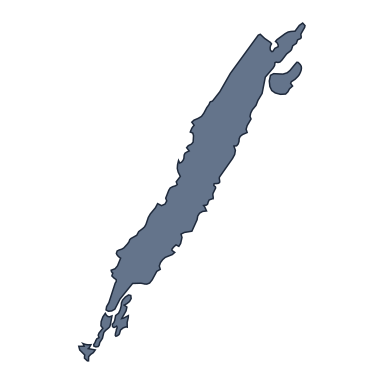 outline of Isabel, rotated 269°
{"feature_id": "SLB-1264", "entity_name": "Isabel", "entity_type": "Province", "adm_level": 1, "iso_a3": "SLB", "parent_name": "Solomon Islands", "parent_adm1": "", "projection": "orthographic", "projection_center": [158.985, -7.976], "detail": "fine", "context": "isolated", "style": "filled", "palette": "slate", "viewbox_px": 384, "rotation_deg": 269, "n_neighbors": 0, "source": "natural_earth", "source_scale": "10m", "svg_char_len": 3963}
<svg xmlns="http://www.w3.org/2000/svg" viewBox="0 0 384 384"><g transform="rotate(269 192 192)"><path d="M351.0,297.8L356.7,302.2L359.0,305.6L356.4,307.9L354.6,307.5L348.4,303.8L347.5,303.6L345.2,303.9L344.2,303.8L343.3,302.8L342.8,301.4L342.2,300.2L338.8,298.9L336.5,295.3L332.5,293.9L331.1,292.6L328.4,289.0L322.3,284.2L320.4,282.2L320.0,280.2L320.4,278.5L319.9,277.2L317.0,276.8L314.7,275.4L305.6,267.3L289.3,263.8L282.4,259.5L277.5,257.5L273.2,253.8L270.0,252.1L266.6,251.3L264.0,252.3L257.4,248.3L253.8,247.2L250.5,248.2L248.6,243.6L246.8,241.2L244.5,240.1L241.8,239.9L239.2,239.0L237.4,237.4L237.2,234.7L232.9,236.1L228.7,235.3L224.8,233.1L206.4,219.7L205.2,219.5L202.2,219.9L201.0,219.7L200.2,218.4L200.0,216.7L200.0,215.1L199.8,214.2L198.2,213.9L197.4,214.7L196.8,215.5L195.6,215.7L190.3,213.0L189.0,212.8L186.2,213.1L184.9,213.0L184.9,212.4L184.0,209.7L183.6,208.9L181.4,207.9L179.7,207.4L178.7,206.3L178.3,203.4L177.0,204.4L172.8,206.2L172.4,202.3L170.7,199.2L167.9,197.3L164.2,196.6L152.8,191.2L151.7,183.7L150.1,180.3L146.7,181.2L140.7,179.7L137.9,177.9L139.4,175.1L137.2,172.6L135.2,171.0L133.9,171.0L131.9,173.7L129.8,171.2L127.1,164.1L124.9,161.5L121.9,159.2L118.6,158.0L115.2,158.9L113.3,155.4L104.8,150.6L101.7,148.0L100.7,145.3L100.8,143.2L101.3,141.3L101.7,139.2L101.6,131.0L86.3,118.2L76.2,112.8L74.5,109.7L74.2,106.3L75.6,104.0L78.9,104.6L82.9,107.0L102.2,113.6L103.8,114.7L105.7,114.7L107.4,112.4L109.5,110.4L112.3,111.4L113.1,110.6L113.6,110.2L114.2,110.0L115.2,109.8L116.6,113.7L119.4,116.2L127.1,119.5L127.9,118.3L129.2,116.9L130.7,115.8L131.9,115.3L134.3,116.1L135.3,118.1L136.0,120.6L137.2,122.8L141.1,126.5L143.4,128.2L145.4,128.9L146.6,130.2L149.7,136.0L153.3,138.0L156.3,142.1L157.9,143.9L160.4,145.4L167.4,147.9L170.9,150.0L176.8,155.1L181.0,157.4L178.9,161.3L180.4,164.8L183.5,166.6L186.3,165.6L194.1,168.8L196.4,170.3L197.7,172.8L198.5,175.7L199.7,177.4L202.5,176.4L207.8,180.6L212.2,178.5L215.8,177.7L219.4,178.0L223.7,179.1L221.2,180.2L221.9,182.0L223.9,183.7L225.8,184.5L229.1,184.8L230.9,185.7L232.0,187.5L233.1,189.9L236.4,187.4L238.4,189.1L239.9,192.3L241.9,194.0L248.3,194.5L250.9,193.8L252.0,191.3L255.7,192.9L257.1,193.9L258.7,195.3L261.8,193.0L263.8,195.2L265.5,199.4L267.4,202.8L270.6,205.2L276.2,208.3L278.8,210.3L279.3,210.6L281.5,211.5L282.0,212.2L282.4,213.8L282.8,214.3L291.8,221.6L309.9,232.4L347.7,261.0L348.5,263.0L344.3,267.3L340.2,273.0L338.7,274.1L337.0,273.1L334.8,272.6L332.6,272.8L331.0,274.1L331.1,275.2L334.2,277.4L335.8,280.7L337.6,280.7L339.5,279.8L341.1,278.1L342.9,279.7L348.7,287.9L350.3,290.9L350.8,293.7L351.0,297.8ZM317.6,297.0L319.9,299.1L319.7,300.4L317.6,302.4L315.8,303.4L314.0,303.6L312.0,303.3L309.6,302.4L307.3,301.2L305.7,299.9L302.9,297.0L300.5,293.2L298.9,292.5L296.2,294.4L293.5,291.3L290.5,289.6L288.3,287.3L288.1,282.1L289.6,276.9L292.1,273.5L296.1,271.7L301.6,271.2L307.3,272.5L308.9,275.7L308.3,285.0L309.5,289.2L311.7,292.0L317.6,297.0ZM82.3,119.5L85.1,120.7L88.2,123.6L90.2,126.8L89.6,129.0L86.5,129.3L83.6,127.6L81.4,124.8L80.1,122.2L78.1,124.9L74.3,124.0L66.7,119.5L67.1,121.4L69.5,126.2L67.6,126.1L62.8,124.9L58.0,124.9L58.3,123.7L57.4,120.9L55.2,118.1L51.3,116.9L50.5,116.2L49.6,114.9L49.1,113.4L49.9,112.8L51.8,113.0L54.9,113.9L56.0,114.0L56.4,114.4L58.0,114.8L59.2,114.3L58.0,112.1L58.0,111.0L59.3,110.1L61.2,110.1L62.7,111.5L65.0,112.5L69.8,113.5L72.1,116.5L75.4,118.1L79.2,119.2L82.3,119.5ZM58.6,107.3L57.0,105.6L55.3,103.4L53.2,101.4L47.3,99.9L43.1,97.1L40.5,96.5L39.1,95.4L38.8,93.2L39.6,91.2L41.2,91.1L43.1,92.4L45.1,93.2L46.9,94.3L48.0,96.5L50.5,95.7L52.8,96.7L57.3,100.5L59.8,98.6L64.0,98.9L68.7,100.7L72.2,103.2L70.3,104.2L69.0,105.6L68.6,107.4L69.5,109.8L60.8,108.1L58.6,107.3ZM42.4,80.3L41.7,82.1L41.2,84.1L41.0,86.2L41.1,88.3L38.2,86.6L37.2,85.6L35.8,92.5L33.1,90.5L31.4,87.9L29.2,85.8L25.0,85.6L25.0,84.4L27.7,81.6L29.1,81.6L30.9,81.9L36.0,77.0L39.7,76.1L39.7,81.5L40.5,81.2L41.8,80.7L42.4,80.3Z" fill="#64748b" stroke="#1e293b" stroke-width="1.5"/></g></svg>